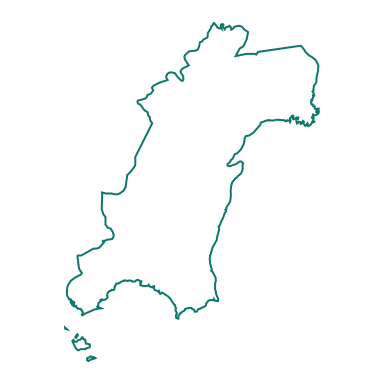 Botum Sakor, Kaôh Kong, Cambodia (Natural Earth projection)
{"feature_id": "14789045B91136996845349", "entity_name": "Botum Sakor", "entity_type": "district", "adm_level": 2, "iso_a3": "KHM", "parent_name": "Cambodia", "parent_adm1": "Kaôh Kong", "projection": "natural_earth1", "projection_center": [103.368, 11.059], "detail": "fine", "context": "isolated", "style": "outline", "palette": "teal", "viewbox_px": 384, "rotation_deg": 0, "n_neighbors": 0, "source": "geoboundaries", "source_scale": "gbopen_adm2", "svg_char_len": 5917}
<svg xmlns="http://www.w3.org/2000/svg" viewBox="0 0 384 384"><path d="M300.0,45.8L258.1,51.9L256.2,54.6L255.2,53.9L246.2,53.9L235.7,56.1L239.5,48.7L243.0,46.5L244.1,44.9L246.7,39.1L248.1,32.1L244.0,29.3L242.4,27.1L240.5,26.1L238.3,25.8L234.3,26.8L233.1,28.5L231.4,29.7L230.6,26.8L229.3,25.8L228.4,26.6L226.1,27.0L224.7,29.4L223.1,27.2L222.9,26.5L223.5,25.0L223.1,24.3L221.6,24.2L221.0,24.7L220.7,26.7L221.4,28.7L220.6,28.0L219.5,28.5L217.3,27.4L216.2,25.3L215.3,24.8L214.4,23.2L213.7,23.0L212.0,26.1L211.2,26.5L210.9,28.2L207.8,33.2L207.6,36.9L207.1,37.7L203.3,39.6L202.1,41.5L200.0,42.1L198.9,47.3L197.4,49.9L195.3,50.7L189.1,51.3L185.0,55.1L184.4,56.6L184.9,59.3L188.8,65.4L182.5,68.6L180.7,70.7L180.8,72.7L183.2,76.4L183.4,79.4L182.8,80.7L181.8,80.8L180.7,80.1L177.2,76.4L174.9,73.2L171.6,72.3L168.9,72.7L167.2,74.1L166.1,76.4L166.4,77.9L167.7,80.0L158.9,82.9L153.5,85.7L151.9,87.8L153.2,90.5L151.3,93.1L150.3,94.0L147.4,95.1L146.8,97.1L145.1,98.7L137.9,100.6L137.4,101.9L138.1,103.7L140.2,104.5L144.5,110.3L147.6,112.2L148.1,115.1L149.9,117.4L150.1,120.2L152.2,123.3L135.3,157.0L135.3,164.3L134.7,166.4L130.2,172.2L127.3,175.0L125.6,187.1L123.6,190.7L119.4,193.6L116.6,194.3L113.9,194.2L111.4,193.4L110.1,193.7L108.5,193.3L107.0,193.7L102.0,192.5L102.2,195.1L101.7,208.8L103.3,214.2L105.5,217.1L105.5,224.8L107.9,227.8L110.6,228.6L112.9,232.2L113.7,235.0L113.2,237.6L112.0,239.1L106.9,239.8L104.8,240.7L104.3,241.7L103.0,240.8L102.7,241.2L103.6,242.5L103.3,243.2L99.1,247.8L97.0,248.5L93.3,248.7L81.5,255.4L77.7,255.6L77.5,256.8L78.9,267.9L79.7,269.9L81.8,272.9L81.8,273.5L80.9,274.6L75.5,277.3L70.8,280.8L67.9,285.4L67.2,287.7L66.9,291.7L66.9,294.6L67.3,296.0L69.3,299.5L70.3,299.1L71.1,299.8L70.6,302.1L71.0,302.9L71.6,302.7L72.7,301.3L74.3,302.3L74.0,303.6L73.4,303.9L72.0,303.6L72.0,304.7L72.4,305.1L73.8,304.9L73.5,305.7L73.7,306.3L76.1,305.9L75.9,307.0L76.7,307.4L77.4,308.6L78.2,308.3L79.3,308.9L80.6,308.8L80.8,309.7L81.8,310.3L82.9,312.6L82.4,314.3L81.8,314.9L82.3,315.4L84.5,313.9L94.7,309.4L98.6,308.6L98.6,306.8L97.6,306.9L97.3,306.5L98.1,305.7L98.4,303.3L99.8,301.7L101.2,301.1L101.4,300.7L100.6,299.9L101.9,299.3L103.2,299.9L104.6,299.9L106.8,298.5L107.6,297.5L107.5,296.3L107.1,295.7L107.7,292.8L109.5,291.0L110.4,291.0L111.6,289.9L112.4,290.2L114.0,289.8L115.1,285.6L116.2,284.2L116.2,283.7L118.7,283.4L121.8,281.4L124.2,280.9L124.2,280.5L125.9,280.4L127.6,281.1L129.2,280.4L131.9,280.9L132.2,281.5L133.2,281.7L135.4,281.3L136.2,280.3L138.0,279.8L140.6,281.4L141.2,281.3L141.1,283.0L140.2,283.3L140.3,285.2L144.5,286.2L148.4,285.7L148.8,284.9L149.8,286.5L152.4,287.5L153.3,287.5L153.3,286.2L154.1,286.1L154.2,288.9L154.9,290.1L157.7,291.0L158.2,291.6L158.8,290.7L159.2,290.9L159.0,292.5L160.3,294.0L162.0,292.5L167.7,296.1L170.1,298.5L173.8,304.1L174.8,304.8L174.6,305.2L176.1,308.3L175.6,308.9L175.6,310.5L176.9,313.4L176.7,314.4L176.0,315.1L175.9,317.1L176.4,318.0L177.8,318.6L178.4,318.7L178.4,316.0L180.6,312.9L181.4,312.8L181.8,312.1L184.9,310.2L185.1,309.0L185.8,308.7L189.6,307.8L191.7,308.1L192.1,309.0L194.2,309.8L194.7,311.7L196.7,311.7L198.4,309.0L200.5,308.7L201.8,307.6L203.4,307.2L205.8,305.6L206.2,303.5L208.4,300.7L210.2,300.1L213.9,300.1L214.1,299.2L214.8,300.6L217.9,301.2L218.1,298.8L215.8,293.1L215.9,291.6L215.0,289.1L215.2,282.9L215.8,281.1L215.6,277.6L212.5,271.8L211.3,270.8L211.9,270.4L211.8,269.6L210.2,263.8L209.6,258.1L210.0,257.5L210.1,255.2L210.7,254.3L212.6,247.3L216.7,240.2L217.4,235.8L219.0,230.1L219.0,228.1L218.6,226.6L219.4,226.2L221.3,221.3L223.0,218.2L224.8,212.8L226.1,211.3L226.1,209.6L225.6,209.5L226.4,208.7L226.3,207.7L230.0,201.9L230.6,198.7L230.4,197.7L230.9,196.5L230.7,190.9L231.1,186.3L232.2,182.3L235.6,178.2L236.2,178.2L237.8,176.2L241.1,173.5L242.8,168.7L242.5,166.3L243.0,163.1L241.2,161.5L239.5,161.6L235.9,164.1L229.7,166.2L227.7,165.8L227.5,164.0L229.3,162.9L231.0,160.0L232.6,158.7L234.8,154.2L237.3,153.2L241.0,149.3L243.5,144.6L244.2,142.3L244.8,137.8L245.6,136.2L248.8,135.6L252.7,133.3L260.2,125.0L260.7,122.6L267.9,120.1L268.6,120.0L269.0,120.6L270.6,120.2L272.0,120.6L277.5,119.7L284.7,120.3L284.9,121.0L285.8,121.3L287.1,120.9L287.4,120.2L289.4,120.7L290.0,122.1L290.6,120.7L289.9,118.7L290.0,118.0L291.2,117.4L291.7,116.0L292.9,115.6L293.5,116.2L292.9,118.8L293.5,119.3L297.1,117.4L298.3,117.5L298.1,118.9L296.6,119.4L296.2,120.1L296.9,123.5L297.6,123.2L298.6,121.7L299.1,121.7L300.2,122.1L300.7,124.0L301.1,124.0L302.9,120.9L304.0,121.8L303.4,123.4L305.0,125.7L305.4,126.0L305.9,125.5L307.4,123.1L307.7,123.5L307.6,125.2L308.0,126.0L308.5,126.1L310.5,124.9L311.9,122.8L314.3,122.0L314.4,121.5L312.5,121.3L313.6,118.7L311.9,117.7L311.9,117.2L313.4,116.8L312.9,114.5L313.2,114.3L314.2,115.3L315.7,115.2L317.0,114.6L318.5,113.2L318.2,112.6L318.9,111.9L318.8,111.4L316.4,112.4L316.2,112.1L316.5,110.8L318.0,110.5L318.7,108.7L315.1,108.9L314.4,106.1L313.7,106.6L312.4,105.2L312.7,104.6L312.4,104.3L311.4,104.1L311.1,101.4L311.3,100.2L312.0,100.7L312.3,100.2L312.3,98.8L312.7,98.6L313.4,96.4L312.9,95.7L313.2,94.9L314.0,95.9L314.3,95.5L313.7,94.6L313.9,93.8L313.5,92.8L312.5,91.5L313.7,90.2L313.4,89.3L314.0,85.7L316.3,82.3L316.6,77.2L318.0,70.9L318.4,65.9L318.1,64.7L316.0,60.5L312.6,57.5L309.0,55.4L305.8,52.3L302.4,47.3L301.0,45.9L300.0,45.8ZM83.9,339.5L83.2,339.1L82.7,337.3L82.2,337.2L80.3,339.7L78.2,340.1L76.6,341.8L74.5,341.6L73.8,340.5L73.5,341.2L73.2,340.1L72.3,341.0L75.3,347.4L76.7,349.3L78.4,350.4L80.6,349.1L85.4,349.2L86.5,348.1L89.5,347.5L90.0,346.2L89.7,344.4L89.2,344.1L88.5,344.4L87.4,343.6L86.0,343.7L85.2,341.2L85.4,340.1L84.8,339.4L83.9,339.5ZM92.1,357.1L90.9,356.3L88.4,357.9L87.6,357.9L87.1,358.3L87.1,360.3L88.3,361.0L92.4,358.8L93.6,358.9L95.4,358.1L93.4,357.1L92.1,357.1ZM76.2,337.9L77.9,335.0L77.3,334.3L75.4,336.6L75.6,337.7L76.2,337.9ZM67.0,329.3L66.1,328.4L65.1,327.6L65.2,328.8L67.0,329.3ZM101.5,308.3L100.8,308.0L99.8,308.2L100.6,308.5L101.5,308.3Z" fill="none" stroke="#0f766e" stroke-width="2"/></svg>